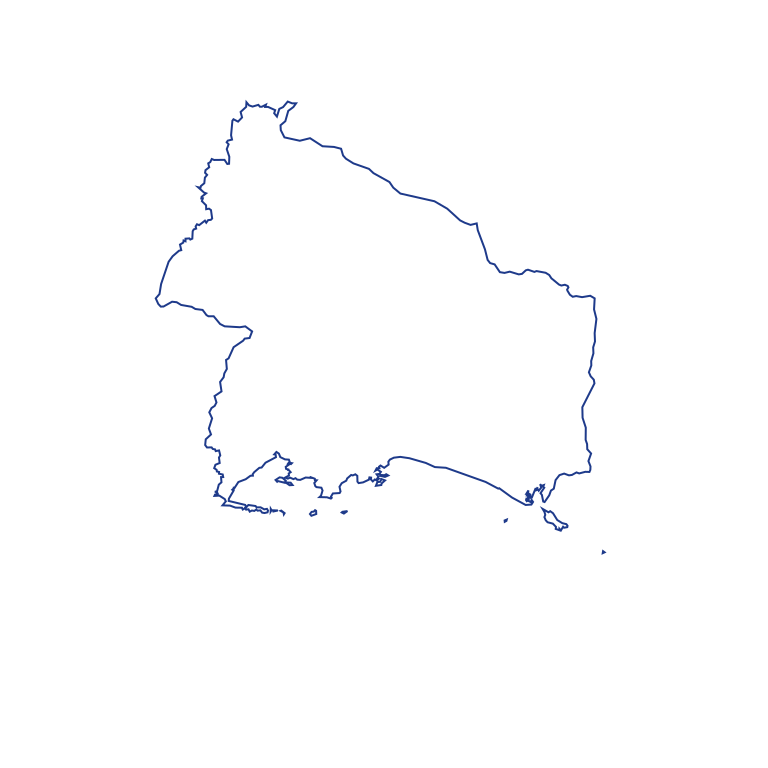 outline of Minahasa Tenggara, Sulawesi Utara, Indonesia, rotated 36°
{"feature_id": "22746128B38105670760260", "entity_name": "Minahasa Tenggara", "entity_type": "district", "adm_level": 2, "iso_a3": "IDN", "parent_name": "Indonesia", "parent_adm1": "Sulawesi Utara", "projection": "orthographic", "projection_center": [124.764, 0.982], "detail": "fine", "context": "isolated", "style": "outline", "palette": "blue", "viewbox_px": 768, "rotation_deg": 36, "n_neighbors": 0, "source": "geoboundaries", "source_scale": "gbopen_adm2", "svg_char_len": 6178}
<svg xmlns="http://www.w3.org/2000/svg" viewBox="0 0 768 768"><g transform="rotate(36 384 384)"><path d="M312.6,574.2L316.4,571.1L322.8,570.7L325.0,571.9L324.7,577.1L330.9,572.9L336.5,571.3L341.8,567.6L343.5,568.6L344.2,567.3L344.4,564.1L342.8,563.4L327.1,569.9L325.9,567.9L325.0,558.7L323.4,558.7L323.8,556.6L322.8,555.5L324.2,556.3L323.8,548.9L328.1,542.3L329.9,536.7L331.8,535.2L330.8,534.2L330.8,531.7L332.4,525.1L334.1,523.5L334.4,517.3L339.6,506.7L337.8,504.8L336.6,505.4L336.9,502.2L339.9,502.1L343.1,504.1L348.2,503.2L351.5,501.1L354.3,503.0L356.0,502.2L355.8,503.5L353.2,504.0L353.2,505.4L354.4,505.3L353.2,508.8L354.6,510.2L356.3,509.6L356.2,510.7L356.9,509.5L360.3,510.2L359.5,512.4L360.9,513.9L359.0,517.9L361.8,517.1L363.0,515.0L366.6,514.2L367.8,512.2L370.0,512.4L372.6,510.8L375.6,505.7L380.2,502.8L378.4,502.8L383.7,501.3L384.6,502.4L386.1,501.5L385.8,505.1L388.5,507.0L390.0,507.1L394.3,504.7L396.9,506.3L398.7,511.4L398.3,513.4L404.4,509.2L408.4,507.9L408.6,506.8L407.3,506.3L407.0,502.6L412.2,498.3L412.0,496.5L408.4,493.3L408.1,489.1L410.3,484.4L409.7,482.1L410.9,476.9L412.5,476.3L413.9,473.9L416.4,474.0L419.9,478.6L421.7,479.1L424.9,475.9L428.0,470.3L427.1,468.1L428.6,467.3L429.6,468.9L432.2,469.4L432.7,466.6L435.1,466.3L435.5,463.8L434.1,464.7L434.0,462.3L431.1,461.4L433.2,459.4L433.1,456.9L428.9,457.1L428.0,459.1L427.6,456.4L429.8,454.8L428.6,453.8L429.1,452.0L433.4,451.7L435.1,446.5L433.2,444.3L433.2,441.7L435.3,437.8L440.0,433.4L448.2,429.1L464.2,423.3L474.0,421.3L483.3,415.4L523.8,403.5L537.9,401.5L538.5,400.6L554.4,400.6L569.7,398.6L574.1,394.9L573.9,391.8L571.5,391.0L572.1,393.3L568.9,393.8L568.4,394.9L567.1,394.4L566.6,393.0L568.5,392.1L567.3,391.2L568.7,390.4L566.5,389.3L565.3,390.0L565.4,388.3L563.7,389.3L563.4,385.2L564.7,387.7L567.4,387.4L568.5,389.0L570.3,388.7L568.1,379.8L569.1,379.1L569.0,377.2L569.9,380.0L570.6,378.9L571.9,379.4L572.1,375.4L569.2,373.3L571.4,373.7L572.7,371.8L573.2,373.6L574.6,373.7L574.8,380.3L576.9,380.9L581.9,385.5L583.3,385.1L583.1,376.9L581.7,372.1L582.9,368.9L579.3,360.9L579.5,354.6L582.4,350.6L587.3,349.2L589.5,347.1L591.7,342.4L594.5,341.6L598.5,336.7L601.9,334.4L601.4,332.2L599.5,329.3L594.7,326.2L592.4,318.5L586.8,317.3L583.6,313.2L580.0,310.7L572.9,300.7L564.5,294.6L558.1,286.2L553.9,259.8L551.2,257.2L546.7,256.3L542.9,254.1L540.8,247.1L538.1,243.6L535.4,236.1L531.7,231.4L529.7,225.6L524.5,219.0L517.6,206.5L510.1,200.2L504.1,190.9L499.0,191.4L493.2,197.3L487.8,199.9L485.4,202.5L481.9,202.5L477.6,200.7L476.7,200.1L476.4,197.4L475.0,196.7L472.0,197.4L469.6,200.1L467.2,200.7L457.3,200.1L453.6,198.7L449.4,199.0L441.0,203.0L439.8,204.9L433.3,206.9L431.9,208.7L430.9,213.8L428.6,216.1L419.7,219.2L416.2,223.3L412.0,225.4L403.2,222.2L398.8,223.8L394.9,222.7L386.5,215.7L369.4,204.4L364.6,199.6L360.5,204.4L354.5,206.1L349.4,206.9L332.1,205.0L317.4,206.5L285.3,220.3L276.1,219.7L269.7,217.4L251.5,219.6L245.4,218.8L229.6,223.5L220.8,224.1L216.6,223.2L211.0,218.9L204.2,221.6L194.5,227.8L179.7,228.6L172.9,236.7L158.5,243.0L151.3,239.3L148.2,235.5L149.7,229.4L146.0,219.3L147.9,213.2L147.9,208.6L144.8,210.9L140.1,212.1L139.6,219.3L137.6,223.0L140.2,230.6L136.0,229.5L135.0,226.4L127.3,228.0L125.0,229.7L124.3,227.4L122.2,231.5L120.6,232.6L118.3,232.0L114.6,236.8L111.1,237.9L107.1,236.9L109.6,240.8L108.1,248.2L112.5,251.8L111.7,257.5L106.6,258.3L106.6,260.1L114.1,272.7L117.4,275.6L114.6,278.9L114.6,280.9L117.4,281.4L118.7,286.4L125.3,291.1L129.2,296.9L127.9,298.1L123.2,296.4L114.9,302.6L112.4,303.2L113.0,306.6L112.1,308.8L115.2,311.4L113.9,315.9L115.1,318.3L118.0,318.8L117.8,322.3L120.6,327.2L119.5,331.5L120.2,333.1L117.9,334.1L125.9,334.9L128.0,334.3L126.4,339.7L127.1,341.2L128.3,340.3L129.2,343.1L135.0,344.0L137.4,347.1L139.4,345.0L141.8,345.0L147.7,351.1L147.4,353.0L145.4,354.8L145.4,358.0L143.1,357.1L141.1,364.1L138.8,364.7L139.0,367.3L140.7,368.7L139.2,370.8L139.4,372.8L143.5,379.1L142.4,381.0L141.0,380.6L138.0,383.1L139.5,385.2L137.5,385.7L138.5,387.6L137.0,391.1L141.3,394.9L139.8,396.7L137.9,404.9L137.9,411.7L144.9,434.1L149.5,443.2L149.0,448.9L154.3,451.9L157.9,452.6L160.1,450.9L164.2,442.0L168.2,439.7L173.4,439.3L183.0,434.6L187.3,434.2L193.7,430.7L199.9,432.6L202.1,432.4L206.4,429.3L216.1,431.8L221.2,431.0L234.0,422.8L237.9,418.9L246.4,419.0L248.2,425.8L244.6,429.2L244.6,431.7L240.7,442.6L243.2,454.6L242.1,457.4L248.0,464.2L248.6,469.3L250.3,472.8L250.2,478.7L256.9,485.5L254.0,493.4L259.3,497.4L259.9,501.2L258.6,504.8L259.3,509.6L265.1,512.8L268.5,523.0L273.7,526.5L272.3,533.5L275.2,538.5L278.1,539.4L281.8,536.6L283.6,537.2L285.8,536.2L287.3,537.2L289.6,534.7L293.5,538.0L293.7,540.5L297.5,544.5L295.1,548.4L296.1,551.9L299.0,551.8L300.2,553.0L302.3,552.1L303.2,553.6L306.7,552.0L308.6,553.8L306.9,555.1L310.3,559.1L309.5,562.5L312.0,568.9L310.5,570.6L312.7,569.8L314.0,570.5L312.3,572.8L312.6,574.2ZM596.7,389.2L593.2,389.2L592.5,391.1L585.7,391.8L589.2,393.3L591.4,395.1L592.0,397.4L595.0,399.2L597.6,399.7L602.7,397.7L607.1,398.5L608.1,400.3L611.8,399.2L611.0,398.0L613.2,398.5L612.8,394.2L614.2,394.4L616.4,392.1L615.8,390.8L613.9,390.2L610.0,391.8L604.1,392.2L596.7,389.2ZM364.6,554.6L362.7,553.8L360.8,555.8L356.7,556.3L353.4,558.7L351.8,558.2L345.4,561.6L344.9,566.0L346.3,566.7L348.0,565.0L350.4,566.2L351.5,564.0L353.7,562.9L354.4,560.6L356.1,560.8L358.3,558.9L361.0,559.7L363.2,558.6L365.2,556.3L364.6,554.6ZM361.4,520.0L356.9,519.6L354.4,520.9L352.7,525.4L355.0,525.9L355.2,524.9L361.9,522.2L361.4,520.0ZM441.5,461.4L437.8,462.4L438.4,465.3L436.3,467.3L437.3,471.1L441.2,467.3L440.5,465.8L441.5,461.4ZM405.6,529.0L403.6,526.5L402.4,526.6L402.2,528.5L400.6,530.0L400.5,532.7L402.7,533.3L405.6,529.0ZM441.2,455.5L438.8,455.7L438.0,457.5L434.2,459.9L435.0,460.5L439.4,458.6L441.2,455.5ZM369.4,519.5L366.5,518.7L362.2,521.5L367.1,521.4L369.4,519.5ZM425.3,512.8L427.7,512.4L429.1,508.3L425.5,511.8L425.3,512.8ZM369.4,552.2L372.5,548.7L368.3,551.5L369.4,552.2ZM562.7,424.5L563.5,422.8L563.0,421.5L561.8,423.5L562.7,424.5ZM661.4,390.5L659.5,390.5L660.4,392.3L661.4,390.5ZM379.5,546.9L375.3,546.8L374.9,547.4L378.2,547.0L379.6,548.3L379.5,546.9ZM367.2,552.2L365.8,551.6L367.3,553.8L367.2,552.2Z" fill="none" stroke="#1e3a8a" stroke-width="2"/></g></svg>